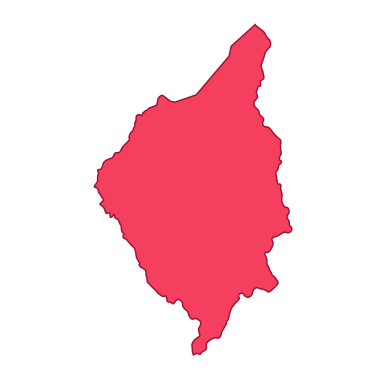 San Francisco, Lempira, Honduras, rotated 356°
{"feature_id": "27666195B39491664088355", "entity_name": "San Francisco", "entity_type": "district", "adm_level": 2, "iso_a3": "HND", "parent_name": "Honduras", "parent_adm1": "Lempira", "projection": "robinson", "projection_center": [-88.368, 14.131], "detail": "fine", "context": "isolated", "style": "filled", "palette": "rose", "viewbox_px": 384, "rotation_deg": 356, "n_neighbors": 0, "source": "geoboundaries", "source_scale": "gbopen_adm2", "svg_char_len": 6105}
<svg xmlns="http://www.w3.org/2000/svg" viewBox="0 0 384 384"><g transform="rotate(356 192 192)"><path d="M190.6,352.5L191.8,351.8L194.0,350.8L195.2,349.7L195.5,349.1L195.7,348.3L195.4,346.2L195.6,344.8L196.3,343.6L198.0,342.0L200.5,340.4L202.7,339.4L205.0,339.1L207.5,339.5L208.2,339.5L209.2,339.1L210.0,338.4L210.8,337.0L211.3,335.0L211.8,333.8L217.0,325.9L217.1,325.5L217.1,324.4L217.3,323.6L217.8,323.1L218.8,322.3L219.2,321.7L221.0,316.1L222.5,312.2L223.2,310.8L223.7,310.0L227.3,306.0L230.5,303.2L231.6,302.0L231.8,301.5L231.8,300.8L231.3,299.8L231.2,299.0L231.6,297.9L232.3,297.1L232.9,296.7L233.7,296.5L234.4,296.5L235.2,296.7L236.2,297.4L237.3,299.2L238.4,300.2L239.8,300.8L241.3,300.9L242.9,300.2L244.1,299.2L245.1,297.6L245.7,295.4L246.3,294.1L247.4,293.0L248.8,292.2L249.9,291.9L250.9,292.0L252.6,293.1L255.0,293.7L257.5,294.6L259.2,295.6L260.8,296.9L261.8,297.1L262.7,296.8L265.3,294.9L268.0,292.7L270.7,290.1L271.2,289.4L271.4,288.7L271.4,287.9L271.2,287.1L270.2,285.3L268.9,283.2L268.0,282.1L266.4,280.7L266.0,280.2L265.4,277.9L263.9,275.2L263.2,272.2L261.9,269.9L261.7,268.7L261.9,266.0L261.8,263.9L261.4,262.1L260.4,259.9L260.3,259.0L260.4,258.3L260.7,257.7L261.2,257.4L263.1,257.6L264.5,257.1L266.1,255.4L267.5,253.4L268.7,251.1L269.2,249.4L269.3,248.5L269.2,247.5L268.5,245.6L268.4,245.0L268.6,244.1L269.2,243.4L270.7,242.6L273.2,242.1L275.0,241.5L279.5,239.1L280.8,238.6L282.3,238.5L283.9,239.2L284.7,239.4L286.3,239.2L287.2,238.7L288.0,238.0L288.6,237.2L288.9,236.4L289.0,235.3L288.8,234.4L288.4,233.7L287.3,232.7L286.9,231.8L286.7,230.9L286.9,228.9L286.7,227.9L286.4,226.9L285.4,225.3L285.0,223.9L285.1,223.0L285.3,222.1L285.8,221.5L286.8,220.6L287.3,219.4L287.5,218.0L287.3,216.3L286.9,215.2L286.3,214.4L285.6,214.0L284.2,213.8L283.2,213.1L282.2,211.4L281.4,209.5L281.1,207.9L281.0,206.2L281.1,204.7L281.5,202.3L281.6,200.5L280.6,194.9L280.7,193.9L281.1,192.3L281.0,191.3L280.8,190.7L280.4,190.3L279.8,190.1L278.7,190.3L278.3,190.0L277.9,189.5L276.9,179.0L276.9,178.4L277.1,177.9L278.3,176.8L279.1,175.7L279.5,174.6L280.0,172.5L280.5,171.4L281.1,170.7L282.6,169.7L283.0,169.2L283.3,168.6L283.3,168.1L283.2,167.5L282.9,167.1L281.8,166.3L281.5,165.6L281.4,164.9L281.5,164.0L281.8,163.1L283.1,161.1L283.6,159.8L283.6,158.6L283.3,153.3L283.6,151.2L284.2,148.6L284.1,147.1L283.8,146.2L283.3,145.5L280.8,143.2L279.2,141.4L277.5,139.2L275.1,135.5L273.5,133.5L272.8,132.9L271.8,132.4L270.0,132.2L269.1,131.9L268.3,131.4L267.7,130.7L267.3,129.6L267.3,128.2L267.7,126.6L268.2,125.9L268.5,125.1L268.6,124.6L268.4,124.1L268.0,123.1L267.4,122.2L266.8,121.5L265.8,120.8L265.4,120.2L264.5,118.1L264.3,116.2L264.1,115.6L263.0,114.0L260.8,111.6L260.3,110.6L260.0,109.6L260.0,107.9L260.4,106.3L263.4,102.8L264.0,101.8L264.0,101.1L263.2,97.9L263.2,96.9L263.6,95.5L264.5,93.8L264.9,92.2L265.3,91.7L266.2,91.1L266.6,91.0L267.3,91.1L267.7,90.9L267.9,89.8L267.8,87.7L268.1,86.3L268.6,85.8L271.3,84.0L271.6,83.5L271.7,82.1L271.0,76.7L270.2,74.0L269.7,71.6L269.9,70.4L273.3,62.2L274.4,59.0L275.2,57.1L275.6,56.6L279.5,53.1L280.4,51.5L280.8,49.9L280.7,48.1L280.1,46.1L276.7,41.5L276.1,39.5L274.9,37.4L274.1,36.5L267.9,31.1L267.1,30.1L266.7,29.4L241.2,49.4L238.5,59.0L203.0,95.4L180.9,101.3L180.0,100.6L178.4,100.5L177.1,100.0L175.0,98.5L169.9,93.9L169.0,93.5L168.1,93.6L166.5,94.5L165.1,95.7L164.7,96.7L163.3,101.6L162.9,102.5L162.5,102.9L160.4,103.8L155.5,105.1L152.7,107.3L151.5,107.6L150.7,108.0L149.7,109.1L149.4,109.2L148.9,109.2L148.5,109.6L147.3,112.4L145.8,111.5L144.4,111.2L143.4,111.3L142.1,111.9L141.8,112.3L141.6,112.9L141.5,114.9L141.3,116.0L139.8,119.3L139.6,120.4L139.7,121.5L139.6,122.2L139.2,122.9L138.2,124.1L137.7,125.9L137.5,126.4L135.3,128.2L134.6,129.2L134.0,130.2L133.1,132.3L133.2,135.2L133.0,135.9L129.9,138.7L126.3,141.7L125.3,143.1L123.6,146.1L122.8,146.9L122.2,147.3L121.4,147.6L120.4,147.7L119.0,147.5L118.1,147.7L117.8,148.0L115.8,151.2L114.8,152.3L113.8,152.8L112.4,153.0L110.1,153.8L108.3,154.6L107.3,155.2L106.2,156.1L105.8,156.7L103.7,161.7L103.2,162.5L102.3,163.0L100.4,163.1L99.5,163.6L99.4,164.1L100.0,166.3L100.1,167.2L99.0,169.4L98.6,174.5L98.1,175.5L95.5,178.7L95.0,179.7L95.0,180.0L95.2,180.3L97.3,181.3L98.3,182.3L98.8,184.9L98.7,185.5L98.8,185.9L99.7,187.2L100.7,188.6L101.9,191.5L102.7,192.2L103.1,192.9L103.1,193.6L102.7,194.3L101.7,195.4L99.7,197.0L99.4,197.6L99.5,198.1L99.9,198.5L102.1,200.3L102.7,201.0L103.4,202.7L104.3,205.9L104.9,207.2L105.4,207.5L105.8,207.5L106.8,207.0L107.6,206.8L108.0,206.9L108.4,207.3L108.7,208.4L108.7,210.8L109.0,211.5L109.6,211.6L110.5,211.2L111.7,209.9L112.1,209.2L112.5,209.1L112.8,209.3L113.2,210.0L113.3,210.8L113.3,211.8L113.6,212.5L114.2,213.0L116.5,214.3L116.8,215.0L117.8,218.6L118.5,219.9L118.9,220.7L119.0,222.0L119.0,224.5L119.4,226.4L120.0,227.7L120.8,228.6L121.0,229.0L121.0,229.6L120.4,230.5L120.1,231.3L120.1,231.9L120.3,232.5L120.6,233.1L121.2,233.6L122.7,234.3L123.3,234.8L125.7,238.0L127.4,240.5L129.8,242.9L130.6,244.0L131.1,245.2L131.4,246.6L132.0,252.5L132.2,253.7L132.7,255.1L133.7,257.0L134.1,258.0L134.7,258.7L134.9,259.1L134.8,260.0L134.2,260.7L134.4,261.7L135.5,263.2L139.5,265.9L139.9,266.3L140.2,267.1L140.5,268.7L140.3,271.9L141.3,275.1L141.1,276.4L141.1,277.8L141.2,278.7L141.6,279.3L142.8,280.6L145.0,283.3L149.0,287.8L151.6,291.2L155.7,294.3L156.7,294.2L158.1,293.8L158.4,293.9L158.8,294.1L159.0,294.5L159.2,295.2L159.6,298.9L159.8,299.4L160.3,299.9L161.0,300.2L162.0,300.2L162.8,300.5L163.7,301.0L164.7,301.9L165.6,302.2L165.9,302.1L168.4,299.3L169.7,298.4L170.5,298.2L171.2,298.3L171.9,298.6L172.6,299.1L173.8,300.3L174.6,301.5L174.8,303.2L174.8,305.0L175.0,305.8L176.3,307.7L178.6,310.1L179.4,311.1L180.0,313.2L180.5,315.7L181.8,317.5L182.8,318.5L183.4,318.9L186.3,318.5L187.1,318.5L187.7,318.7L190.5,320.7L191.3,321.7L191.5,322.3L191.6,323.1L191.3,324.9L190.2,327.1L189.2,328.4L188.9,329.3L188.9,330.6L189.8,334.9L189.7,335.9L189.2,336.6L185.5,338.7L183.5,340.3L182.5,341.8L181.7,343.2L181.3,344.6L181.2,345.8L181.4,348.5L181.4,351.7L182.0,354.6L184.0,353.7L185.6,353.4L186.7,353.5L187.9,354.4L188.5,354.5L189.1,354.1L190.6,352.5Z" fill="#f43f5e" stroke="#9f1239" stroke-width="1.5"/></g></svg>